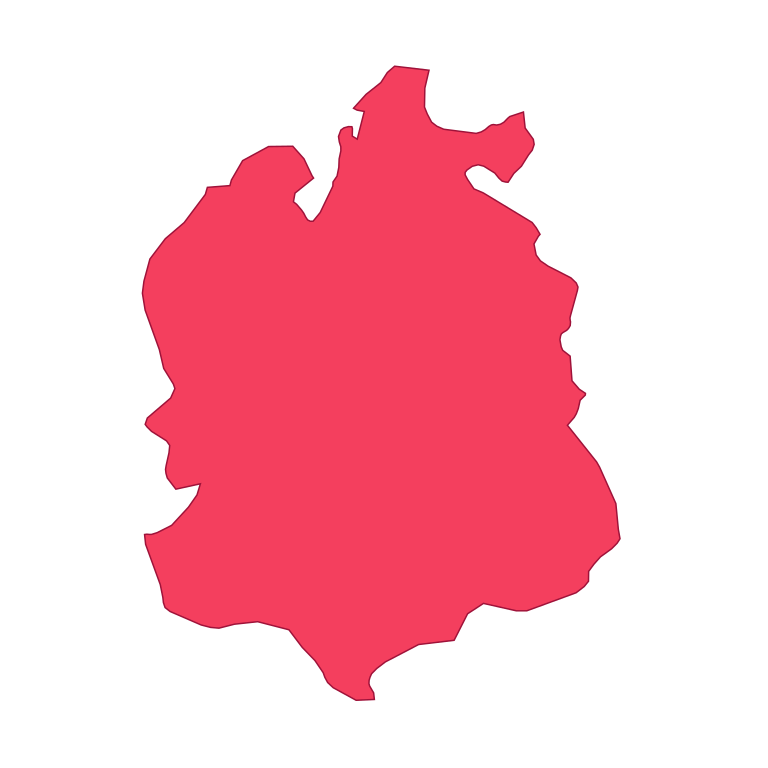 the border of Zürich, rotated 5°
{"feature_id": "CHE-176", "entity_name": "Zürich", "entity_type": "Canton", "adm_level": 1, "iso_a3": "CHE", "parent_name": "Switzerland", "parent_adm1": "", "projection": "orthographic", "projection_center": [8.664, 47.43], "detail": "fine", "context": "isolated", "style": "filled", "palette": "rose", "viewbox_px": 768, "rotation_deg": 5, "n_neighbors": 0, "source": "natural_earth", "source_scale": "10m", "svg_char_len": 2563}
<svg xmlns="http://www.w3.org/2000/svg" viewBox="0 0 768 768"><g transform="rotate(5 384 384)"><path d="M336.0,142.4L340.6,114.2L333.3,113.5L329.6,112.0L329.7,111.8L340.9,97.0L354.6,84.0L360.2,73.4L366.9,66.5L401.5,67.5L398.9,85.7L400.2,104.6L403.6,111.3L408.6,119.0L414.2,122.6L421.3,125.0L454.0,126.3L458.9,124.4L462.6,121.8L466.0,118.3L468.3,116.6L470.3,116.0L473.7,116.2L477.3,115.1L480.6,112.8L484.2,108.4L486.0,106.6L499.2,100.9L502.3,116.7L511.4,127.2L512.7,132.2L511.3,138.1L508.0,143.2L501.9,155.1L495.0,162.9L490.0,172.2L487.4,172.2L484.0,171.6L480.4,168.8L476.0,164.2L464.4,158.3L458.7,157.4L453.0,159.4L448.1,163.5L446.4,166.1L446.6,168.6L449.4,172.9L456.6,181.8L466.3,185.0L517.5,210.2L522.0,215.1L526.4,221.3L524.9,223.4L521.2,231.4L524.3,242.2L529.1,247.7L537.2,252.3L561.0,262.0L566.7,266.6L568.8,270.5L568.5,274.1L563.9,299.2L563.5,302.0L563.9,304.2L564.4,305.8L564.4,307.3L564.4,309.6L562.9,312.7L561.3,314.6L557.7,317.2L556.3,318.6L555.7,320.8L555.4,324.6L557.3,331.5L559.1,334.9L567.0,340.0L571.0,364.4L579.0,372.2L585.5,375.8L585.5,377.5L580.8,383.1L579.7,391.5L578.2,396.8L576.4,400.7L570.3,409.1L602.6,443.1L606.1,448.2L625.4,482.9L630.1,508.3L632.6,517.6L630.1,522.3L625.1,528.3L614.7,537.3L608.7,545.4L604.2,552.8L604.9,562.7L601.1,568.3L593.6,575.2L546.0,597.5L535.5,598.4L502.2,593.9L487.3,605.6L476.2,633.2L441.2,640.5L409.6,660.7L401.6,668.0L396.9,673.7L395.6,677.4L395.0,680.5L395.1,683.7L396.0,686.1L400.6,692.6L401.9,699.1L383.8,701.5L359.9,691.0L353.9,686.3L350.6,681.3L348.6,676.9L339.3,665.5L325.6,653.6L310.7,637.1L278.9,631.8L256.0,636.3L240.9,641.6L232.5,641.6L222.9,640.0L190.8,629.3L185.4,625.8L183.3,621.0L182.3,615.9L178.6,603.3L160.5,564.5L158.6,554.8L160.8,554.3L163.3,554.3L165.5,554.1L170.9,551.9L184.8,543.3L199.9,523.8L207.4,510.8L209.8,499.4L185.8,506.9L176.3,496.5L174.6,492.0L173.8,488.1L174.1,484.2L175.8,471.3L175.9,463.9L172.3,459.6L156.6,451.5L151.9,447.6L149.6,445.0L151.2,438.5L172.7,416.6L176.1,406.8L174.1,402.3L163.2,387.7L157.2,369.3L139.6,331.2L135.4,314.6L135.9,302.4L139.9,279.9L153.5,258.3L170.9,240.6L189.5,210.7L190.9,203.5L213.2,199.8L214.2,194.1L223.7,173.8L248.3,157.5L272.4,155.1L284.7,166.7L294.2,182.9L295.9,185.0L278.7,201.6L277.9,210.4L281.3,212.6L286.7,217.9L289.2,220.9L291.3,224.3L293.6,227.2L296.5,228.3L299.2,228.0L305.5,218.7L315.8,191.4L315.6,187.2L319.1,181.0L320.1,172.1L319.7,163.7L320.7,155.5L320.3,151.4L318.4,146.8L317.1,141.4L318.9,134.8L321.8,132.3L326.1,130.7L329.6,130.5L330.3,132.4L330.8,139.8L336.0,142.4Z" fill="#f43f5e" stroke="#9f1239" stroke-width="1.5"/></g></svg>